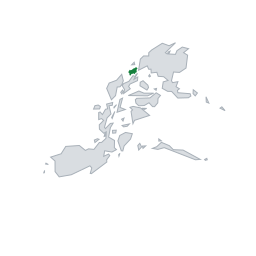 Dinagat Islands, Surigao del Norte, Philippines (highlighted), rotated 245°
{"feature_id": "2640588B17428979589921", "entity_name": "Dinagat Islands", "entity_type": "district", "adm_level": 2, "iso_a3": "PHL", "parent_name": "Philippines", "parent_adm1": "Surigao del Norte", "projection": "mercator", "projection_center": [125.572, 10.162], "detail": "fine", "context": "in_parent", "style": "filled", "palette": "green", "viewbox_px": 256, "rotation_deg": 245, "n_neighbors": 0, "source": "geoboundaries", "source_scale": "gbopen_adm2", "svg_char_len": 6492}
<svg xmlns="http://www.w3.org/2000/svg" viewBox="0 0 256 256"><g transform="rotate(245 128 128)"><path d="M119.3,43.5L128.9,47.9L134.3,45.6L132.9,56.5L137.6,63.8L132.7,76.5L125.7,79.9L125.8,83.4L123.0,88.1L127.0,95.9L126.1,98.0L127.9,103.6L133.7,106.7L133.5,103.8L139.0,101.6L143.0,103.3L145.2,109.1L147.7,108.0L148.0,105.0L154.4,108.0L154.3,109.5L151.0,110.5L154.5,115.5L154.0,117.7L158.7,118.7L157.6,124.9L155.2,123.3L156.2,120.2L147.9,118.5L146.0,113.3L138.6,107.0L137.0,107.3L139.6,113.9L138.7,116.6L135.8,112.2L128.0,106.6L122.4,110.5L115.9,107.3L113.3,108.4L113.0,103.3L117.2,97.2L112.6,94.0L112.6,99.4L110.7,99.8L108.2,95.2L106.1,94.4L102.1,75.5L102.8,74.6L107.1,78.3L109.8,77.5L109.6,56.8L112.8,45.0L119.3,43.5ZM175.9,162.0L185.2,168.3L186.7,172.6L184.5,177.2L187.5,178.7L188.7,182.4L190.3,194.9L185.2,200.0L185.2,207.1L180.5,193.7L178.7,194.7L174.7,202.1L177.4,205.1L178.4,211.4L174.3,216.4L172.8,210.2L168.8,212.8L157.8,205.9L156.6,198.2L159.5,192.9L152.5,187.4L150.3,187.5L148.9,192.8L145.1,189.0L141.8,191.2L141.2,188.7L138.9,188.1L132.8,198.8L130.4,198.5L129.9,195.5L134.1,185.8L142.7,183.0L144.5,179.4L149.5,175.8L154.9,179.4L154.2,184.4L159.4,182.0L162.1,177.2L166.3,177.7L168.1,172.3L171.6,173.7L172.5,171.6L176.2,171.7L175.9,162.0ZM148.0,168.4L143.8,171.2L142.1,167.7L138.2,165.6L136.1,161.1L137.0,159.3L142.0,157.7L141.5,152.2L143.6,147.1L147.2,145.7L150.5,146.6L151.2,148.5L146.0,160.6L148.0,168.4ZM172.9,125.4L176.7,129.9L176.1,137.8L179.3,145.0L172.8,143.7L170.2,141.1L168.7,138.2L169.7,135.5L162.6,130.4L160.6,124.9L172.9,125.4ZM129.8,134.3L141.8,137.8L142.5,139.8L145.9,138.5L145.4,141.8L140.9,147.9L130.3,152.9L132.2,137.1L129.8,134.3ZM84.7,168.6L69.0,180.2L70.7,175.7L94.9,152.5L96.0,146.0L99.2,141.5L98.9,146.2L100.9,152.2L94.5,158.0L89.2,159.9L84.7,168.6ZM110.2,112.3L120.6,113.4L124.7,117.4L125.0,123.9L121.0,129.5L116.9,125.6L113.4,116.9L109.4,113.6L110.2,112.3ZM164.3,141.1L168.9,140.7L170.1,142.8L169.9,148.5L173.3,154.7L171.6,156.3L169.6,154.0L170.1,158.4L166.9,156.6L167.0,148.5L165.4,146.1L162.6,146.6L161.1,138.6L164.3,141.1ZM148.7,166.0L148.9,159.2L157.3,142.0L156.9,153.5L152.9,157.1L148.7,166.0ZM164.5,161.6L158.4,164.1L156.0,163.7L154.4,161.2L161.2,156.7L164.3,158.4L164.5,161.6ZM146.9,124.7L157.3,132.8L157.4,135.7L150.0,129.5L145.9,133.4L146.9,124.7ZM161.4,110.7L159.1,112.1L157.3,110.3L159.7,104.8L162.2,107.5L161.4,110.7ZM135.1,203.3L130.4,205.7L128.7,202.5L131.7,201.5L135.1,203.3ZM103.5,128.4L108.0,129.5L109.1,132.2L105.1,132.3L103.5,128.4ZM129.8,111.9L132.4,113.0L131.0,116.4L128.7,114.8L129.8,111.9ZM118.4,209.9L123.3,211.9L116.4,211.8L118.4,209.9ZM178.7,159.9L176.2,157.2L178.4,153.0L178.2,155.6L178.7,159.9ZM132.8,123.7L131.1,131.0L129.9,128.0L130.9,124.5L132.8,123.7ZM107.1,219.8L107.5,222.0L102.7,223.3L107.1,219.8ZM131.3,92.4L131.2,95.7L130.0,97.0L128.8,91.9L131.3,92.4ZM140.0,149.0L137.9,153.2L137.9,150.8L140.0,149.0ZM105.5,133.5L104.3,136.5L103.2,133.0L105.5,133.5ZM164.7,139.1L163.1,139.2L161.5,136.8L163.4,136.5L164.7,139.1ZM138.7,125.9L138.7,128.6L136.4,126.4L138.7,125.9ZM185.0,161.4L182.6,160.9L183.7,158.0L185.0,161.4ZM144.4,117.6L148.6,123.1L143.3,117.7L144.4,117.6ZM105.1,151.3L102.3,152.8L103.1,150.4L105.1,151.3ZM152.3,168.3L151.8,170.6L150.3,169.4L152.3,168.3ZM153.0,124.3L154.0,127.5L151.9,123.5L153.0,124.3ZM67.2,186.6L65.7,186.4L66.0,184.4L67.1,184.1L67.2,186.6ZM167.3,170.1L165.4,170.2L165.3,169.0L166.4,168.7L167.3,170.1ZM179.9,198.6L178.6,197.1L179.0,195.7L179.9,196.4L179.9,198.6ZM107.7,108.2L108.5,110.0L106.3,107.9L107.7,108.2ZM172.8,157.3L173.5,159.7L171.5,156.8L172.8,157.3ZM130.8,38.8L128.6,40.4L130.2,38.1L130.8,38.8ZM133.2,105.2L130.3,103.7L130.4,102.8L133.2,105.2ZM123.0,32.7L124.8,34.5L122.8,33.3L123.0,32.7Z" fill="#d9dde1" stroke="#a8b0b8" stroke-width="1"/><path d="M178.1,160.3L178.3,160.6L178.4,160.8L178.5,160.7L178.9,160.6L178.9,160.4L178.9,160.2L178.8,159.9L178.7,159.9L178.5,159.6L178.4,159.6L178.6,159.3L178.5,159.2L178.5,158.9L178.6,158.7L178.7,158.4L178.8,158.2L178.7,158.0L178.8,157.8L178.6,157.5L178.5,157.3L178.4,157.3L178.3,157.2L178.4,156.9L178.5,156.8L178.5,156.6L178.4,156.5L178.2,156.6L178.2,156.4L178.4,156.2L178.3,155.8L178.1,155.6L178.3,155.3L178.2,155.3L178.3,155.2L178.2,155.1L178.1,154.9L178.4,154.4L178.4,154.2L178.5,154.1L178.6,153.6L178.5,153.4L178.4,153.3L178.5,153.3L178.4,153.2L178.2,153.0L178.3,152.9L178.2,152.7L177.8,152.8L177.7,153.0L177.7,153.4L177.6,153.6L177.6,153.8L177.5,154.0L177.3,154.1L177.1,153.9L176.9,153.7L176.9,154.0L177.0,154.1L176.9,154.2L177.0,154.6L176.7,154.5L176.4,154.6L176.5,154.7L176.4,154.9L176.4,155.0L176.6,155.0L176.5,155.6L176.4,155.6L176.6,155.9L176.8,156.0L176.7,156.1L176.6,156.3L176.5,156.2L176.4,156.0L176.2,156.0L176.3,156.2L176.4,156.3L176.5,156.3L176.5,156.5L176.4,156.4L176.3,156.5L176.2,156.5L176.2,156.4L176.2,156.5L176.3,156.5L176.2,156.7L176.3,156.7L176.2,156.8L176.1,157.0L176.3,157.0L176.1,157.0L176.1,157.3L176.0,157.2L176.0,157.3L176.0,157.2L175.9,157.0L176.0,157.1L175.9,157.1L176.0,157.2L175.9,157.2L176.0,157.3L176.1,157.5L176.2,157.4L176.2,157.5L176.3,157.5L176.2,157.7L176.3,157.7L176.3,157.8L176.2,157.8L176.3,157.9L176.4,158.0L176.6,158.0L176.6,157.9L176.8,157.9L176.7,157.8L176.8,157.7L176.9,157.8L177.0,157.8L177.3,157.9L177.2,157.9L177.1,157.7L177.3,157.7L177.4,157.8L177.4,158.0L177.5,157.9L177.5,158.0L177.4,158.1L177.5,158.2L177.5,158.3L177.4,158.3L177.5,158.2L177.3,158.1L177.2,158.2L177.3,158.3L177.4,158.5L177.2,158.4L177.2,158.5L177.3,158.8L177.2,158.8L177.2,159.0L177.3,159.1L177.2,159.0L177.3,159.0L177.4,158.9L177.5,159.0L177.6,158.9L177.7,159.0L177.4,159.1L177.6,159.1L177.6,159.3L177.8,159.3L177.7,159.3L177.4,159.3L177.5,159.5L177.6,159.4L177.6,159.5L177.9,159.5L178.0,159.6L178.2,159.8L178.1,160.0L178.1,160.3ZM176.1,152.8L175.8,152.7L175.8,152.8L175.9,153.0L176.0,153.1L175.9,153.1L176.0,153.2L176.3,152.9L176.1,152.8ZM176.4,158.4L176.5,158.5L176.4,158.6L176.5,158.6L176.4,158.7L176.5,158.6L176.4,158.4ZM176.7,158.9L176.7,159.1L176.8,159.1L177.0,159.2L176.9,159.3L177.0,159.3L177.0,159.2L176.7,158.9ZM176.2,158.6L176.3,158.7L176.3,158.8L176.3,159.0L176.2,159.0L176.3,159.0L176.4,158.8L176.3,158.6L176.2,158.6ZM177.4,153.8L177.5,153.9L177.4,153.9L177.5,153.8L177.4,153.8ZM177.9,159.6L178.0,159.8L177.9,159.6ZM176.0,157.6L175.9,157.7L176.0,157.8L176.0,157.7L176.0,157.6ZM175.9,157.4L175.9,157.5L176.0,157.5L175.9,157.4ZM175.8,156.5L175.7,156.6L175.8,156.6L175.8,156.5ZM177.0,159.5L176.9,159.5L177.0,159.5ZM175.9,157.7L175.9,157.8L175.9,157.7Z" fill="#22c55e" stroke="#15803d" stroke-width="1.5"/></g></svg>